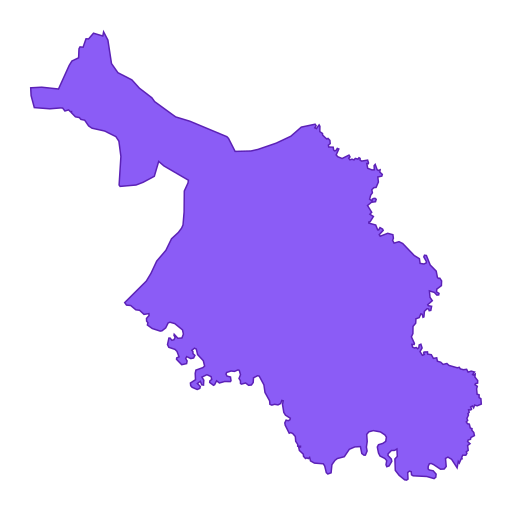 Phutthaisong, Buri Ram, Thailand
{"feature_id": "78962969B74701516685822", "entity_name": "Phutthaisong", "entity_type": "district", "adm_level": 2, "iso_a3": "THA", "parent_name": "Thailand", "parent_adm1": "Buri Ram", "projection": "robinson", "projection_center": [103.029, 15.546], "detail": "fine", "context": "isolated", "style": "filled", "palette": "violet", "viewbox_px": 512, "rotation_deg": 0, "n_neighbors": 0, "source": "geoboundaries", "source_scale": "gbopen_adm2", "svg_char_len": 6083}
<svg xmlns="http://www.w3.org/2000/svg" viewBox="0 0 512 512"><path d="M124.7,302.6L126.5,305.1L130.7,305.5L135.8,309.8L139.6,310.3L144.0,314.4L148.9,313.6L149.0,315.6L146.5,318.4L146.6,321.1L147.9,322.7L147.4,325.0L152.2,328.5L160.2,331.1L162.0,330.8L165.7,327.9L168.1,323.0L169.9,322.2L174.8,323.6L182.5,329.9L183.4,334.1L181.9,338.0L177.9,338.3L174.2,334.3L174.0,335.4L175.1,337.3L174.0,339.7L171.9,340.3L170.1,338.1L168.9,338.1L167.5,344.6L168.8,347.3L175.0,349.4L177.0,351.4L179.0,356.8L176.7,357.9L176.5,359.3L181.7,364.7L186.6,363.6L187.1,360.9L185.7,358.5L186.7,356.6L190.8,358.6L193.6,358.0L194.9,355.4L193.0,353.7L192.9,351.5L191.8,350.3L194.5,348.2L196.3,349.1L197.6,354.6L203.3,360.7L204.6,366.1L202.9,367.6L195.9,370.1L195.2,373.3L195.5,379.7L190.4,383.0L190.7,385.7L192.1,387.3L197.2,389.5L199.8,388.4L200.3,386.5L197.4,383.5L200.3,381.3L201.7,384.8L203.5,385.1L203.8,380.2L201.9,377.1L206.9,374.7L211.1,376.6L211.7,379.4L209.8,381.0L209.7,382.5L213.5,385.3L214.6,384.7L216.6,380.8L219.4,383.0L224.6,381.5L230.4,381.6L231.0,380.7L230.5,377.0L227.0,376.1L226.0,374.1L226.6,372.5L231.0,371.0L234.5,371.4L238.0,369.9L239.3,370.4L240.5,374.7L239.0,378.5L240.4,380.7L240.5,383.5L241.5,384.1L245.6,383.0L248.6,385.3L251.4,385.0L253.2,382.5L253.5,377.8L257.6,375.7L259.2,376.1L263.9,384.8L265.0,392.5L269.6,400.8L269.9,404.3L271.8,405.1L274.6,404.3L278.0,404.9L280.7,403.5L281.8,400.4L283.2,400.8L282.5,404.4L283.8,412.4L285.5,415.2L290.3,418.2L290.0,419.7L288.3,420.7L286.1,420.1L284.8,422.9L285.2,425.2L289.2,433.2L290.8,432.6L292.7,433.5L295.3,436.5L295.7,441.3L297.7,444.4L297.7,446.2L300.5,446.2L300.5,447.0L298.7,447.4L299.4,450.5L303.3,454.2L303.5,456.3L305.5,458.5L306.9,457.9L308.3,458.6L309.6,457.4L310.5,460.9L314.4,463.1L323.3,463.8L324.7,466.0L326.3,472.6L327.8,474.0L331.1,472.8L331.9,464.7L335.0,460.3L337.4,458.5L344.3,456.7L349.3,449.3L354.8,446.9L360.4,446.6L361.8,453.5L364.0,455.2L365.4,455.1L367.1,451.0L366.4,447.1L367.2,441.5L366.7,434.4L368.9,431.8L373.3,430.6L380.4,431.9L384.9,434.9L386.4,437.1L385.7,441.4L382.8,443.4L378.5,444.7L377.3,447.0L378.5,453.0L380.0,456.0L384.9,458.5L386.7,460.6L386.0,464.8L386.8,466.7L389.1,465.9L391.8,461.3L391.3,459.0L388.0,455.5L388.1,453.8L391.4,450.5L394.6,450.4L396.9,449.0L397.3,456.4L394.9,459.0L395.3,470.4L399.1,475.3L404.6,479.8L406.6,480.1L408.0,479.1L407.7,472.5L409.5,471.1L411.2,471.7L411.5,474.8L413.1,475.8L426.8,476.5L434.1,478.6L435.8,477.2L436.1,474.1L433.2,470.8L429.3,470.0L428.1,468.9L428.2,466.3L429.4,463.7L431.3,463.5L433.8,464.7L440.5,469.2L444.2,469.0L446.2,466.5L445.5,458.4L447.9,457.1L451.6,459.3L457.1,467.8L458.3,461.5L459.3,463.1L461.1,459.0L462.1,458.8L461.8,457.2L462.7,455.2L465.8,455.2L466.9,453.4L466.3,451.8L468.2,450.4L467.6,445.5L470.0,443.7L467.6,441.5L468.2,440.0L470.5,439.3L470.9,437.5L474.4,435.6L473.8,432.5L471.9,430.3L472.0,428.6L470.3,428.0L469.3,424.1L467.5,423.7L466.3,421.9L467.7,420.4L466.9,418.4L468.5,415.0L467.9,413.7L469.2,412.3L468.6,409.8L470.8,409.9L471.6,409.1L470.6,407.0L472.4,406.0L473.6,407.8L474.6,405.1L477.2,405.8L481.3,404.1L480.9,398.7L479.1,397.6L479.1,394.8L477.1,394.2L476.6,388.8L477.3,386.3L475.0,384.7L475.5,383.6L477.6,383.1L477.7,380.6L474.9,377.0L475.2,374.1L473.7,375.1L472.6,374.6L474.5,372.0L471.2,371.1L468.1,372.1L466.6,369.3L463.5,369.7L460.3,368.9L459.3,367.3L457.3,367.8L448.9,365.4L446.9,363.5L443.1,364.4L440.7,362.2L437.4,361.2L436.7,357.8L433.4,358.4L431.3,354.7L427.7,354.1L427.5,351.9L424.1,352.0L423.6,352.9L424.3,354.5L422.4,355.3L420.0,351.6L422.1,348.0L420.9,344.2L419.2,344.9L418.8,347.7L417.7,348.7L416.2,347.5L414.6,348.0L412.6,347.2L411.9,344.4L414.1,344.5L414.4,343.4L411.4,336.8L412.9,333.6L413.0,326.4L415.7,323.2L415.9,318.8L419.2,317.6L420.9,313.8L422.2,314.3L423.0,317.3L423.9,316.9L424.4,311.3L427.1,308.7L428.6,309.0L429.2,310.7L430.8,310.4L431.6,306.3L428.3,305.7L427.7,304.7L432.3,300.7L430.0,297.3L429.4,290.9L434.3,292.4L436.9,295.1L438.7,294.9L439.0,293.4L436.5,291.8L436.8,289.1L441.4,285.6L441.6,280.9L439.8,278.2L438.4,278.4L437.4,277.3L436.2,271.1L430.2,265.0L426.4,255.5L424.5,255.2L423.8,256.9L426.4,261.6L426.2,262.9L424.0,264.0L420.1,263.4L419.4,258.7L414.2,255.5L402.7,243.5L399.0,241.7L394.1,243.1L392.6,240.4L393.4,238.2L392.9,234.7L387.7,233.3L380.2,236.2L379.2,234.7L383.2,230.4L382.6,229.1L380.0,227.6L378.6,230.0L377.7,229.9L375.7,225.0L368.8,223.1L368.8,222.0L370.2,221.6L373.4,216.5L369.9,214.2L371.7,212.3L367.5,205.5L371.4,202.3L375.5,201.7L376.2,199.3L375.0,198.3L373.4,198.5L372.2,199.2L372.1,201.0L369.6,199.2L370.7,195.1L372.4,192.8L371.8,189.7L373.8,187.7L376.1,187.4L378.4,182.0L377.8,177.0L381.8,176.1L382.3,174.4L379.8,172.1L380.1,169.8L378.3,170.5L377.1,169.6L375.2,164.4L374.1,165.7L374.3,169.8L372.0,169.9L367.7,168.3L366.8,163.5L368.3,163.7L368.5,162.9L367.6,160.1L361.6,161.1L360.1,160.1L360.1,158.4L359.0,157.7L357.9,159.1L355.3,158.4L354.0,159.9L352.0,159.2L349.9,159.8L348.7,158.2L350.0,156.9L349.0,155.1L342.1,158.5L337.7,156.7L336.2,154.9L338.8,149.0L337.3,148.4L335.9,150.6L334.5,150.8L333.6,149.9L333.2,147.2L328.7,147.0L328.4,145.1L330.2,143.6L329.9,140.4L328.0,138.4L326.9,139.0L325.7,138.1L322.6,135.1L322.5,133.5L319.8,131.6L319.9,126.3L319.1,124.9L316.4,128.6L314.8,127.8L316.1,125.7L315.1,124.2L301.3,127.1L290.9,136.2L276.3,143.1L258.0,149.4L250.9,151.0L235.1,151.4L228.5,138.4L226.9,136.7L189.8,121.2L175.6,116.9L154.6,101.6L151.9,97.8L139.4,88.2L131.9,79.9L117.9,72.7L111.5,63.6L107.9,40.1L103.6,31.9L102.8,36.0L93.5,33.2L88.6,38.9L86.0,38.8L83.1,47.2L80.0,46.9L79.0,48.8L78.6,57.8L71.9,61.0L69.2,65.4L58.5,89.0L41.7,87.2L30.7,87.8L31.1,95.6L34.3,107.6L49.8,108.8L60.8,107.9L62.7,108.1L64.9,111.0L68.6,109.9L70.6,111.9L71.5,111.6L71.5,112.8L75.4,116.8L79.4,117.6L80.9,119.4L84.7,120.2L88.6,125.9L92.0,128.2L104.6,131.0L115.9,136.6L118.9,141.2L120.9,156.5L119.1,185.0L120.1,186.4L136.1,185.0L143.1,182.3L154.3,176.3L158.7,161.4L163.9,165.9L188.4,180.2L188.0,183.0L184.3,191.0L184.1,212.0L183.0,225.0L181.6,228.1L178.4,232.4L171.5,238.8L165.9,250.3L156.7,261.1L151.0,273.3L146.3,281.1L124.7,302.6Z" fill="#8b5cf6" stroke="#5b21b6" stroke-width="1.5"/></svg>